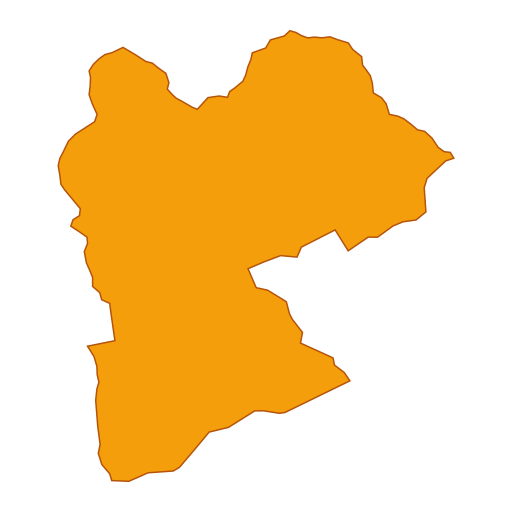 Passo do Sobrado, Rio Grande do Sul, Brazil
{"feature_id": "56859067B30972219704232", "entity_name": "Passo do Sobrado", "entity_type": "district", "adm_level": 2, "iso_a3": "BRA", "parent_name": "Brazil", "parent_adm1": "Rio Grande do Sul", "projection": "robinson", "projection_center": [-52.245, -29.77], "detail": "fine", "context": "isolated", "style": "filled", "palette": "amber", "viewbox_px": 512, "rotation_deg": 0, "n_neighbors": 0, "source": "geoboundaries", "source_scale": "gbopen_adm2", "svg_char_len": 1794}
<svg xmlns="http://www.w3.org/2000/svg" viewBox="0 0 512 512"><path d="M453.8,158.2L450.3,152.4L444.2,151.7L438.1,147.3L432.0,138.1L424.7,131.4L417.5,129.8L410.7,124.0L403.8,118.8L397.7,116.1L389.4,114.4L386.1,103.7L381.5,97.7L373.3,92.9L372.3,82.9L370.3,75.7L366.8,70.7L362.6,65.2L361.6,56.6L352.7,49.5L348.4,43.0L337.1,39.5L329.9,36.8L322.1,37.8L314.2,37.1L307.8,37.9L301.2,35.5L296.0,32.5L289.9,30.7L284.3,36.0L276.4,38.2L270.4,39.9L265.7,48.0L252.3,52.8L250.9,59.4L247.8,67.0L245.7,75.1L242.8,81.3L234.7,88.0L229.7,91.5L227.5,97.3L219.1,96.0L208.0,97.6L197.3,109.3L192.3,107.3L183.0,101.9L176.3,98.3L172.0,94.3L167.3,89.1L168.9,82.7L165.9,73.4L157.8,67.6L152.3,63.1L145.9,61.5L135.2,54.6L123.0,47.4L112.2,52.6L104.9,54.6L99.2,58.7L93.3,64.4L89.1,71.0L90.5,77.2L90.2,85.7L89.1,94.7L92.4,104.1L97.1,114.4L94.6,121.8L87.3,126.4L81.5,130.2L75.6,134.0L68.4,141.2L63.7,151.0L59.8,158.6L58.2,165.7L59.8,174.9L60.9,184.2L64.3,189.4L80.3,208.7L79.5,215.6L73.0,219.8L70.8,226.2L78.8,231.4L87.0,237.2L87.5,243.6L84.3,251.6L86.4,262.8L89.9,270.7L92.6,277.4L92.6,286.4L99.7,292.6L101.7,299.7L109.7,303.4L111.1,314.1L114.9,340.7L87.5,346.2L94.0,356.5L96.9,366.4L97.2,374.7L98.9,382.2L96.9,389.0L95.7,400.3L97.7,425.9L100.1,444.4L98.3,453.3L101.8,464.5L109.7,473.8L111.7,480.6L128.8,481.3L148.0,472.8L173.2,471.0L179.5,467.3L195.2,448.8L209.1,432.1L228.6,427.3L254.7,410.9L263.6,410.8L279.3,413.3L284.9,412.5L349.9,380.8L344.3,372.6L334.5,365.1L333.0,357.9L300.5,343.1L302.5,332.5L292.3,319.3L289.5,313.8L286.3,301.7L267.5,290.1L256.2,287.7L248.0,268.7L263.4,262.1L280.6,255.6L297.0,257.1L301.4,247.1L335.1,229.9L348.2,250.8L368.2,237.1L377.5,237.2L393.1,225.9L403.0,221.8L416.0,220.0L425.9,211.9L424.2,187.7L427.1,178.3L445.7,160.9L453.8,158.2Z" fill="#f59e0b" stroke="#b45309" stroke-width="1.5"/></svg>